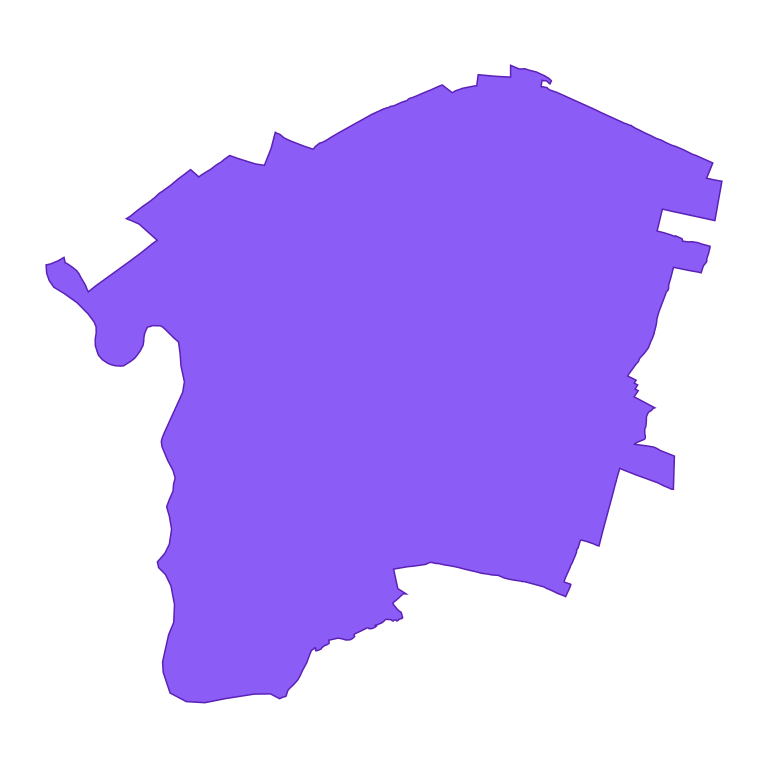 outline of Bratovoesti, Dolj, Romania
{"feature_id": "2599482B58012097168459", "entity_name": "Bratovoesti", "entity_type": "district", "adm_level": 2, "iso_a3": "ROU", "parent_name": "Romania", "parent_adm1": "Dolj", "projection": "robinson", "projection_center": [23.927, 44.119], "detail": "fine", "context": "isolated", "style": "filled", "palette": "violet", "viewbox_px": 768, "rotation_deg": 0, "n_neighbors": 0, "source": "geoboundaries", "source_scale": "gbopen_adm2", "svg_char_len": 6053}
<svg xmlns="http://www.w3.org/2000/svg" viewBox="0 0 768 768"><path d="M279.6,698.7L281.3,698.0L282.8,697.1L285.1,696.7L286.1,696.1L287.5,691.4L288.2,690.0L289.7,688.3L293.6,684.6L297.4,680.4L300.0,676.1L302.5,670.5L306.7,662.8L309.5,655.1L311.5,650.3L313.7,649.0L314.7,647.8L315.6,648.0L315.6,649.5L315.7,650.7L316.4,650.7L317.5,650.5L318.7,650.1L321.1,649.0L321.9,647.7L324.4,645.7L326.8,644.8L329.0,643.5L329.1,642.7L329.0,641.2L328.7,640.1L330.3,639.9L337.8,638.2L339.9,638.4L342.6,639.0L345.4,639.9L346.8,640.0L350.0,639.8L352.4,638.6L353.9,637.2L354.7,636.3L354.1,635.6L354.1,634.5L354.6,634.0L367.4,627.8L368.0,627.8L368.9,628.2L369.1,628.7L369.5,628.8L370.6,628.6L371.9,628.6L374.7,627.4L376.2,626.3L375.3,625.5L376.1,624.8L377.1,625.0L378.5,624.1L379.9,623.7L381.7,622.9L383.8,621.3L385.0,620.0L385.8,619.4L387.5,619.4L389.1,619.6L391.2,619.6L391.9,620.5L392.5,620.9L393.5,620.9L394.3,620.0L395.5,619.9L396.6,620.4L396.8,620.9L397.8,620.7L398.8,619.6L400.3,618.8L401.7,618.6L402.5,617.9L402.6,617.2L402.1,616.0L401.8,614.2L401.0,612.2L398.8,610.7L396.7,608.6L394.4,605.6L393.5,604.6L392.8,603.2L394.5,601.5L396.7,599.8L403.2,593.8L406.1,593.9L397.8,588.6L393.6,569.1L407.7,566.7L414.0,566.1L425.6,564.4L427.3,563.7L428.5,562.9L429.6,562.6L431.7,562.4L434.1,563.1L436.2,563.5L438.1,563.5L439.8,563.8L443.9,564.8L452.0,566.1L458.1,567.4L466.0,569.5L475.7,571.7L481.6,573.3L488.4,574.2L491.4,574.9L498.3,575.4L504.2,578.0L507.8,578.9L513.8,580.1L520.8,581.1L522.3,581.6L523.7,581.5L527.0,582.3L543.2,586.7L545.0,587.4L545.8,588.0L546.7,588.5L549.0,589.3L558.5,593.8L564.0,595.8L565.6,596.6L569.6,588.1L570.9,584.6L570.8,584.4L570.0,584.0L565.5,582.5L564.3,581.9L564.2,581.5L564.2,581.1L565.6,577.5L569.7,568.3L570.1,567.6L570.1,566.9L570.4,566.1L570.8,565.4L571.3,564.6L572.5,562.2L573.4,559.8L574.7,557.0L576.5,552.3L576.7,550.1L577.0,549.3L577.5,548.8L578.1,547.9L580.3,540.5L580.6,540.1L581.7,540.2L586.4,541.4L593.2,543.7L597.0,545.4L599.0,546.0L602.8,531.0L612.7,494.3L615.4,483.7L616.3,480.9L616.8,478.4L619.8,468.4L625.3,470.7L636.8,475.2L657.5,482.7L664.1,486.0L669.3,488.1L671.2,489.1L673.4,489.3L674.4,456.1L660.3,450.5L657.2,448.6L653.8,447.1L647.6,446.0L634.6,444.3L635.1,443.6L636.6,442.6L643.8,439.6L644.9,438.9L645.3,437.7L645.3,436.1L645.0,434.9L644.8,433.8L644.7,429.7L645.1,428.3L645.6,427.1L646.0,425.3L646.4,420.5L646.4,417.6L646.7,416.0L648.3,412.6L649.3,411.7L651.5,410.4L653.1,408.5L653.6,408.2L654.8,407.8L634.1,396.8L638.3,390.7L635.0,389.1L637.7,385.0L634.2,383.1L636.1,380.2L627.6,376.0L629.0,373.8L636.1,364.1L638.1,361.9L638.7,361.0L639.0,359.7L639.5,358.7L640.1,357.8L644.6,353.0L646.6,350.2L647.7,348.9L648.4,347.8L650.5,342.3L652.5,337.9L654.3,333.1L654.3,332.1L655.6,327.4L656.6,322.7L656.8,319.3L657.8,315.8L658.5,313.2L659.1,311.3L665.8,293.6L666.0,292.4L666.5,291.8L668.0,290.2L668.7,288.0L668.6,286.3L668.9,284.1L670.6,278.5L673.5,267.3L690.6,270.8L697.2,271.9L701.2,272.8L702.5,268.5L703.1,266.6L703.6,265.6L706.3,262.3L706.8,261.3L706.8,258.6L708.7,253.1L709.2,250.5L709.4,250.0L709.8,248.6L710.1,246.3L701.6,244.0L697.6,242.6L692.0,241.7L689.5,241.9L686.8,241.8L684.4,241.3L683.0,241.5L682.0,238.7L675.6,235.9L675.2,236.5L670.5,234.8L664.1,232.8L657.1,231.0L662.4,209.1L675.6,212.1L714.9,220.6L721.9,181.2L719.6,180.9L714.2,179.9L707.8,178.5L706.5,178.2L707.5,176.1L712.8,163.0L696.3,155.6L692.3,154.2L683.3,149.7L676.1,146.6L671.7,145.2L666.4,142.8L661.0,140.0L658.4,139.2L655.8,138.2L650.8,135.6L644.8,132.9L640.6,130.7L635.7,128.4L633.1,126.8L632.1,126.4L631.6,125.7L630.8,125.3L629.6,125.3L627.6,124.3L624.1,123.1L600.3,112.2L593.1,108.7L587.5,106.2L557.1,92.5L549.3,89.8L547.3,87.9L546.6,87.5L544.7,87.2L543.5,86.8L541.1,86.8L541.7,82.2L542.3,80.2L543.7,80.8L546.0,80.7L547.2,81.3L548.5,82.8L550.0,83.9L551.4,80.9L551.0,80.4L548.9,78.4L545.0,76.0L536.4,72.0L529.9,70.4L524.6,68.7L521.7,69.0L519.0,68.9L510.6,65.3L510.6,77.1L495.7,76.3L483.6,75.2L478.2,74.7L476.7,85.8L475.1,85.9L473.1,86.2L462.1,88.4L460.0,89.3L458.0,89.9L455.4,90.9L454.7,91.2L453.1,92.3L452.2,92.7L450.1,91.0L446.5,88.3L442.4,85.0L441.5,85.2L437.4,86.9L429.7,90.4L427.0,91.4L414.6,96.7L412.0,97.7L409.5,98.4L408.3,99.2L407.3,100.2L406.3,100.9L404.7,101.2L401.1,102.5L394.1,105.7L392.3,106.2L390.8,106.2L389.7,107.0L383.6,108.9L371.3,114.6L338.2,133.1L330.7,137.5L326.5,140.2L323.9,141.6L321.5,142.7L319.6,143.1L315.1,146.7L313.5,149.0L311.9,148.8L304.4,146.3L290.2,140.8L284.1,137.9L280.2,134.6L279.3,134.1L276.7,133.2L275.3,132.3L271.1,148.4L264.4,165.3L255.8,164.0L248.4,161.8L237.4,158.3L229.7,155.5L224.4,159.3L220.9,162.2L216.5,164.8L210.0,169.8L208.4,170.6L205.3,172.5L201.2,175.1L198.9,176.9L190.6,169.6L183.4,175.1L178.9,178.4L170.1,185.7L163.7,190.3L162.1,191.6L160.8,192.2L158.8,193.7L154.7,197.6L149.2,201.9L143.7,205.7L136.7,211.0L130.5,216.1L126.4,218.7L127.3,219.1L128.8,219.7L131.2,220.5L137.5,223.4L139.0,224.0L139.5,224.4L141.8,226.5L157.2,240.3L153.3,243.0L141.5,252.5L127.8,262.7L95.4,286.1L88.4,291.8L86.9,289.0L85.9,286.2L84.5,283.5L80.7,277.2L79.0,273.7L76.5,270.5L72.1,267.0L67.1,263.6L65.1,262.7L64.9,261.3L64.6,260.1L64.0,257.4L58.1,260.8L50.7,263.9L46.1,264.9L46.7,273.4L49.2,280.5L53.8,287.2L63.9,293.3L77.2,302.8L88.1,313.9L94.0,321.8L96.1,326.8L96.2,333.0L95.2,339.0L95.3,345.5L97.0,351.2L98.5,355.3L102.4,359.7L107.5,363.1L110.9,364.6L115.0,365.7L120.3,366.1L123.6,365.8L130.6,361.4L134.5,358.4L137.0,355.4L140.3,350.8L143.0,345.5L143.7,341.4L143.9,337.7L144.6,333.7L146.3,329.4L147.5,327.1L150.3,326.5L151.9,325.8L153.5,325.6L157.2,325.8L160.5,325.8L162.5,326.9L165.4,329.5L169.9,334.0L174.0,338.1L178.5,342.0L180.1,353.5L181.0,366.0L184.4,381.8L182.7,392.3L163.7,434.1L161.9,438.9L161.3,441.7L162.0,446.7L167.7,460.5L173.0,470.4L175.2,478.1L173.6,483.8L173.0,491.2L169.5,499.2L166.9,506.0L166.8,507.4L169.4,516.4L171.6,529.3L169.3,544.4L164.8,553.4L157.4,561.9L158.6,567.6L165.5,574.6L171.0,586.0L174.5,604.6L173.7,622.5L168.6,634.8L162.6,661.8L163.2,672.3L170.1,693.0L186.3,701.6L204.8,702.7L225.5,698.6L254.2,694.1L270.5,693.9L279.6,698.7Z" fill="#8b5cf6" stroke="#5b21b6" stroke-width="1.5"/></svg>